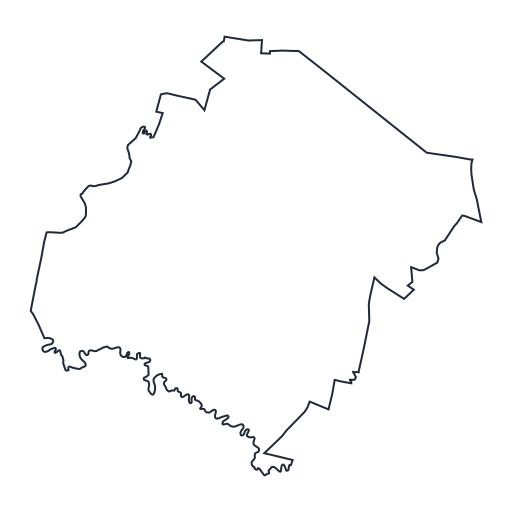 outline of Sepreus, Arad, Romania
{"feature_id": "2599482B37424081846872", "entity_name": "Sepreus", "entity_type": "district", "adm_level": 2, "iso_a3": "ROU", "parent_name": "Romania", "parent_adm1": "Arad", "projection": "mercator", "projection_center": [21.705, 46.561], "detail": "fine", "context": "isolated", "style": "outline", "palette": "slate", "viewbox_px": 512, "rotation_deg": 0, "n_neighbors": 0, "source": "geoboundaries", "source_scale": "gbopen_adm2", "svg_char_len": 5996}
<svg xmlns="http://www.w3.org/2000/svg" viewBox="0 0 512 512"><path d="M289.0,466.3L289.5,465.1L290.9,465.2L292.6,460.0L264.3,453.2L282.1,436.1L286.7,430.2L304.6,411.9L307.3,407.7L309.7,401.6L328.5,409.4L332.2,394.2L334.7,379.9L341.3,381.5L351.3,383.3L351.3,381.4L350.0,380.4L349.9,379.8L354.7,379.7L355.9,377.2L354.2,373.9L353.1,372.3L353.2,371.8L354.7,372.4L356.1,371.9L358.7,372.3L358.8,370.8L363.7,348.8L369.3,321.2L368.8,304.1L370.0,296.6L374.4,277.4L380.9,283.6L387.9,288.6L404.1,298.9L413.8,289.7L407.8,285.6L412.4,281.9L411.1,267.2L419.8,270.4L423.8,270.1L437.3,262.6L438.5,258.6L436.7,252.7L437.2,247.6L438.0,245.6L439.3,243.6L440.8,242.4L445.1,240.3L445.3,239.7L454.3,226.0L456.8,223.3L462.1,215.6L464.3,215.8L481.3,222.1L476.7,199.0L473.8,189.6L471.4,174.1L471.2,168.7L471.3,165.8L471.5,163.1L472.4,159.5L470.9,159.6L457.0,157.1L427.1,152.8L426.2,152.3L324.3,71.1L298.9,51.1L282.2,50.6L270.0,51.1L269.9,53.6L261.1,53.3L262.0,40.1L248.4,40.5L224.6,36.7L223.8,41.4L222.6,41.7L201.3,61.6L224.2,78.7L210.1,89.5L204.4,110.2L195.5,99.7L176.0,95.4L167.5,93.3L165.5,93.4L160.9,94.4L156.3,111.7L162.7,113.1L159.0,124.3L153.5,137.2L150.4,137.7L150.2,137.2L150.4,136.3L151.2,135.3L151.0,134.4L150.4,133.7L148.9,134.0L147.7,134.6L146.8,134.3L146.3,133.8L147.0,132.4L147.0,131.4L146.4,130.6L145.7,130.8L144.8,131.5L144.2,133.3L143.3,133.5L142.7,133.0L143.1,130.8L144.8,128.7L145.0,127.8L144.8,126.9L144.3,126.7L143.4,126.6L141.7,127.3L140.5,128.5L140.0,130.1L135.7,138.1L127.8,145.2L127.3,148.1L128.9,153.1L129.5,156.2L129.6,158.1L131.3,161.3L130.1,166.1L128.7,169.2L127.8,172.3L122.0,178.0L114.9,181.3L109.0,183.3L98.8,185.0L95.4,186.1L92.7,186.1L91.6,185.6L89.5,185.7L88.1,186.5L83.9,191.1L82.3,193.6L80.9,194.3L80.5,195.0L80.7,196.5L84.8,203.4L85.9,206.9L86.0,210.1L85.9,214.7L85.6,216.1L85.2,217.1L82.0,221.1L75.7,227.3L66.0,231.0L62.9,232.6L59.9,232.8L49.8,232.2L46.6,232.4L44.2,241.7L41.3,257.9L36.6,279.9L36.7,280.9L35.8,284.6L30.7,310.9L33.1,314.1L38.6,324.8L44.4,338.2L48.4,337.9L49.7,338.2L51.4,338.8L52.6,339.6L53.2,340.4L53.2,341.2L52.6,342.7L51.9,343.6L51.0,344.2L47.1,345.0L44.0,346.3L43.0,347.0L42.5,347.9L42.5,349.6L42.9,350.6L43.6,351.4L44.6,351.8L45.9,351.9L48.1,351.0L50.1,349.6L51.6,348.8L54.9,347.8L55.4,348.0L55.8,348.6L55.9,349.2L54.8,351.5L54.6,352.2L54.8,352.7L55.3,352.8L56.1,352.5L58.5,350.6L59.2,350.3L59.8,350.4L60.2,350.9L61.0,354.6L62.4,356.5L63.4,360.0L63.2,362.9L63.5,364.2L65.4,369.8L66.1,370.5L67.9,370.5L68.5,370.1L68.6,369.7L68.2,368.0L68.4,367.3L69.1,366.7L69.9,366.6L73.0,367.8L76.1,368.5L79.3,369.0L80.3,368.7L82.4,367.3L84.8,366.4L85.5,365.9L85.7,364.8L85.5,363.8L84.7,362.3L81.7,359.6L80.2,357.4L79.6,355.4L79.4,353.7L79.7,352.2L80.2,351.4L81.3,350.9L82.5,351.0L83.3,351.3L84.2,352.2L85.6,354.5L86.4,355.1L87.1,355.1L87.8,354.8L88.2,354.3L88.6,352.0L89.1,350.9L90.1,350.4L91.0,350.3L94.4,351.1L96.2,351.1L103.9,347.2L104.7,347.2L106.7,346.5L107.1,346.5L109.8,348.3L111.7,348.8L114.1,348.4L116.9,347.4L119.2,347.3L119.7,347.7L120.4,348.8L120.5,349.6L120.2,352.6L120.3,354.0L120.9,355.4L122.3,356.7L124.1,357.0L125.2,356.8L125.9,356.4L127.4,352.7L128.3,352.1L128.9,352.1L129.3,353.1L129.3,354.0L127.7,356.8L127.6,357.5L128.0,358.0L130.7,357.7L133.5,358.4L135.3,359.4L136.2,359.4L136.8,358.7L137.0,357.3L136.9,354.4L137.1,354.1L138.2,353.3L139.4,352.9L139.9,353.0L140.1,353.3L139.9,355.5L140.0,357.0L140.5,357.9L141.3,358.3L142.0,358.4L142.8,358.2L143.6,358.4L144.2,358.3L144.9,357.6L145.8,357.7L147.2,358.5L149.1,358.4L150.2,359.4L150.2,360.4L149.7,361.6L148.8,362.1L145.2,363.3L144.5,364.2L144.8,365.1L148.1,366.4L148.3,367.1L148.6,374.9L146.6,376.5L143.9,377.9L143.7,378.6L143.9,379.6L144.8,380.2L147.2,380.9L148.5,381.8L149.0,383.2L149.2,384.8L148.4,388.8L148.6,390.5L151.1,393.9L152.0,394.5L153.0,394.6L153.9,393.7L154.5,392.1L155.0,389.6L155.1,386.1L153.7,381.9L153.5,379.5L154.2,378.0L157.0,375.4L159.4,374.3L160.9,373.9L162.0,373.9L162.2,374.5L162.2,376.4L162.8,377.2L165.7,378.2L166.3,378.7L166.4,379.5L166.1,380.4L164.4,381.9L164.0,382.7L163.9,384.0L164.6,385.5L165.6,386.8L166.6,389.7L168.7,391.4L169.6,391.4L171.8,390.4L174.3,390.6L175.3,388.5L176.3,388.1L177.1,388.3L177.6,388.9L177.7,390.8L178.0,391.4L180.6,392.6L181.0,393.4L180.9,395.6L181.2,396.5L181.9,397.0L182.8,397.0L187.1,394.3L188.1,394.3L188.8,394.8L189.2,395.8L188.9,398.9L189.0,400.8L189.4,402.4L190.0,403.0L190.6,403.2L191.1,403.0L191.7,402.1L191.5,398.4L192.3,396.9L193.0,396.3L194.0,396.2L194.7,396.5L195.0,397.3L194.9,399.4L195.3,400.0L197.9,400.8L198.9,401.4L200.5,403.0L201.5,404.5L201.9,405.7L201.5,406.5L200.2,408.4L200.2,408.8L200.7,409.1L203.1,408.8L204.2,409.1L205.7,411.7L206.6,412.3L208.5,412.6L209.5,412.4L211.2,411.4L213.1,410.0L214.3,409.7L215.3,410.1L215.8,411.0L215.8,412.4L214.9,415.7L215.1,417.3L215.9,418.3L216.9,418.6L218.4,418.4L222.4,416.8L226.4,415.6L227.3,415.5L228.0,415.8L228.5,416.6L228.3,417.7L225.5,419.9L223.6,421.0L222.8,422.2L222.5,423.3L222.7,424.3L223.6,424.5L227.2,423.7L228.3,424.2L229.9,425.5L231.9,426.5L233.7,426.7L235.9,426.2L239.3,424.8L241.0,424.3L242.5,424.4L243.2,425.1L243.6,426.2L243.3,428.0L241.0,431.2L240.4,432.9L240.5,434.0L241.0,435.2L241.9,435.5L243.1,435.1L244.1,433.9L244.9,431.4L245.7,430.1L247.0,429.3L248.2,429.3L248.8,429.9L248.7,431.0L246.9,434.7L246.9,435.8L247.7,436.5L248.9,437.1L250.9,437.4L253.0,437.0L253.8,437.2L254.4,437.7L254.6,438.5L253.5,441.9L253.5,443.4L253.8,444.6L254.5,445.4L258.2,447.7L259.0,448.9L258.9,450.7L258.5,451.7L256.1,452.8L255.3,453.3L254.8,454.0L254.8,457.9L254.4,458.8L252.4,461.1L251.7,462.2L251.6,463.4L251.9,465.1L253.4,466.7L254.5,467.2L254.7,468.5L255.1,469.1L255.9,469.5L257.3,469.6L257.7,469.3L257.9,468.3L258.5,468.2L259.6,468.9L262.9,473.5L264.3,475.2L265.2,475.3L266.8,474.0L268.8,473.6L269.1,473.2L268.6,470.6L271.8,467.0L274.1,467.0L276.7,468.9L279.4,471.5L280.3,471.7L280.8,471.4L281.6,465.8L282.1,465.1L282.6,464.7L283.6,464.7L284.3,465.4L285.3,467.7L286.1,470.3L286.6,470.7L287.3,470.7L288.2,470.2L288.6,468.9L289.0,466.3Z" fill="none" stroke="#1e293b" stroke-width="2"/></svg>